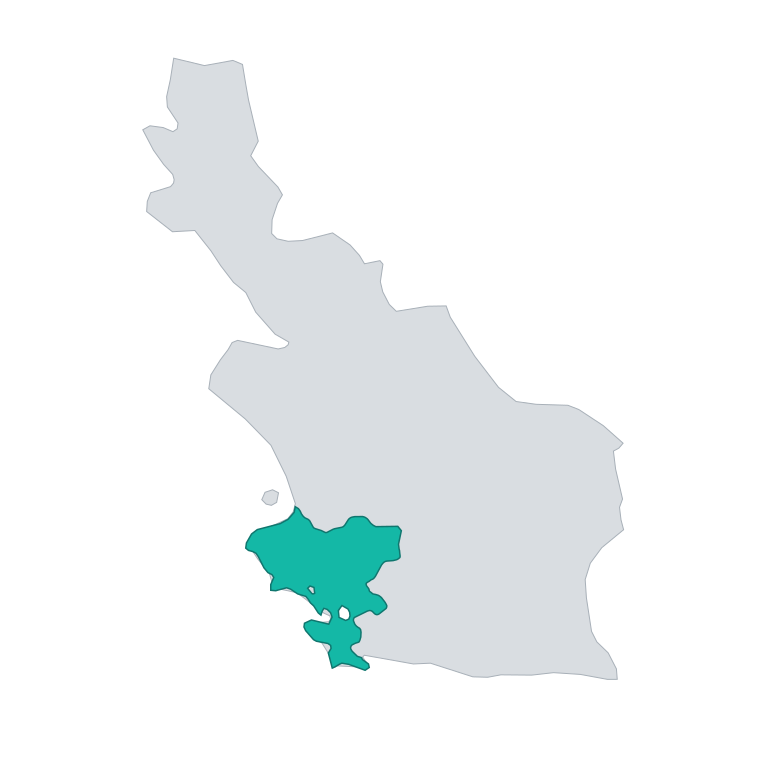 Tavush highlighted on a map of Armenia, rotated 191°
{"feature_id": "ARM-1670", "entity_name": "Tavush", "entity_type": "Province", "adm_level": 1, "iso_a3": "ARM", "parent_name": "Armenia", "parent_adm1": "", "projection": "equal_earth", "projection_center": [45.046, 40.964], "detail": "fine", "context": "in_parent", "style": "filled", "palette": "teal", "viewbox_px": 768, "rotation_deg": 191, "n_neighbors": 0, "source": "natural_earth", "source_scale": "10m", "svg_char_len": 4239}
<svg xmlns="http://www.w3.org/2000/svg" viewBox="0 0 768 768"><g transform="rotate(191 384 384)"><path d="M337.9,472.5L331.7,462.2L300.2,428.5L271.0,402.6L251.0,392.0L230.8,393.1L199.4,398.2L187.9,396.1L160.7,384.9L138.0,371.5L141.2,365.9L146.0,361.9L140.4,344.6L127.9,316.6L129.3,307.9L125.4,295.8L121.0,286.7L139.0,264.9L147.3,247.5L149.2,230.4L144.5,212.7L133.1,180.8L125.9,171.5L112.6,162.8L101.5,148.7L98.7,138.6L108.2,136.7L135.8,136.4L162.5,133.0L183.5,126.4L213.8,120.8L226.3,115.9L240.9,113.5L285.2,118.8L301.7,114.8L351.6,114.0L352.9,111.9L346.1,105.2L346.2,102.7L375.8,98.4L380.4,95.2L384.3,105.9L395.4,117.8L407.6,122.6L414.2,129.1L414.5,134.1L392.9,140.1L391.5,143.1L392.9,146.1L399.3,147.6L429.5,162.5L446.7,162.8L455.8,167.4L460.4,176.3L474.8,188.4L486.3,200.2L487.0,204.3L484.9,210.3L452.7,233.4L448.7,241.3L448.2,249.7L462.4,274.8L483.3,302.3L513.5,323.2L555.1,345.9L555.7,359.9L549.2,376.6L543.6,388.0L541.0,395.7L536.0,398.9L494.6,398.2L488.4,400.9L485.6,404.2L485.4,407.0L500.4,412.1L523.6,430.0L537.1,447.4L551.1,455.0L566.8,468.9L579.4,481.8L599.0,498.6L620.7,493.1L649.9,508.0L651.2,518.1L649.5,527.2L631.2,537.0L628.9,541.1L629.0,544.6L631.4,549.4L642.2,557.5L654.9,569.5L669.3,587.5L663.0,592.8L649.7,593.6L639.3,591.4L635.7,595.0L636.0,600.9L649.5,614.6L652.2,624.6L651.8,641.9L652.6,663.7L621.0,662.3L594.1,672.8L583.9,670.7L577.0,652.1L571.2,637.0L553.8,598.4L558.4,582.6L548.8,573.5L525.7,557.1L519.8,550.3L523.0,541.0L525.2,524.0L523.0,510.3L516.8,506.1L505.3,505.8L491.3,509.3L463.3,522.5L443.8,514.0L432.6,505.5L426.1,498.3L411.5,504.3L407.9,501.4L407.1,483.7L402.8,474.2L394.0,463.1L385.8,457.7L355.9,468.7L337.9,472.5ZM384.4,157.5L385.3,151.2L384.0,145.5L379.1,143.7L373.2,145.2L372.7,151.5L374.6,157.5L380.5,160.2L384.4,157.5ZM480.1,255.0L473.2,258.9L466.8,257.1L466.8,247.3L471.4,243.4L476.8,243.6L481.9,247.1L480.1,255.0Z" fill="#d9dde1" stroke="#a8b0b8" stroke-width="1"/><path d="M365.3,102.1L372.1,101.9L374.3,100.4L378.4,96.8L380.6,95.3L387.3,109.3L385.5,114.3L386.5,117.2L389.5,118.6L401.3,118.6L404.4,119.6L413.8,126.9L416.2,130.2L416.4,134.0L410.2,138.5L392.4,137.7L390.5,145.3L392.8,149.3L396.7,151.9L400.2,152.3L401.3,149.4L401.8,145.1L404.8,146.7L410.7,152.8L414.4,155.1L417.2,158.1L420.2,160.6L428.7,161.5L436.6,164.8L440.7,165.4L449.1,161.3L450.8,160.4L455.8,159.9L456.9,165.5L455.3,173.1L457.6,175.5L460.1,176.2L461.9,176.7L466.7,180.6L474.4,190.5L477.3,193.4L481.0,194.5L485.3,194.8L488.4,196.5L488.7,201.7L485.4,211.5L480.6,216.9L466.6,223.6L459.3,227.1L452.3,232.9L447.7,240.9L447.7,246.6L444.2,245.3L441.9,243.1L440.3,240.8L438.3,238.9L437.1,238.1L436.0,237.5L432.8,236.7L431.8,236.2L430.8,235.5L426.6,230.4L425.6,229.4L423.9,228.9L417.6,228.2L414.0,227.2L412.9,227.0L411.7,227.4L406.4,231.6L404.9,232.5L397.9,235.4L396.9,236.1L396.1,237.1L395.4,238.3L393.2,243.9L392.6,245.0L391.8,245.9L390.9,246.7L389.8,247.3L387.2,248.3L379.6,249.8L378.2,249.7L376.8,249.4L374.8,248.5L373.7,247.7L371.4,245.6L370.2,244.6L367.5,243.2L364.8,242.4L343.3,246.9L339.0,243.3L339.2,229.5L337.7,224.9L337.0,223.5L336.1,220.4L335.6,219.0L335.3,217.8L335.3,216.7L336.6,215.1L337.9,214.0L341.3,212.4L347.5,210.7L348.8,210.1L349.9,209.2L350.9,207.8L351.9,205.9L355.7,193.7L356.5,192.0L357.3,190.8L358.1,190.1L358.9,189.6L359.5,189.1L361.0,187.4L362.1,186.5L363.1,185.5L363.5,184.3L362.5,182.4L360.4,180.6L359.7,179.8L358.9,178.1L358.4,177.6L356.2,176.6L355.7,176.2L355.0,175.9L354.4,175.8L351.9,175.8L349.3,175.5L348.1,175.1L345.8,173.9L341.3,169.9L339.6,167.9L338.9,166.8L338.8,165.5L339.1,164.1L345.0,157.3L346.1,156.5L347.2,156.2L348.5,156.3L349.7,156.9L352.0,158.5L353.4,159.0L355.0,158.9L356.9,158.0L368.6,149.1L369.1,147.5L368.8,145.7L366.7,142.5L364.8,141.0L362.9,140.1L361.4,139.6L360.1,138.4L359.2,136.0L358.5,131.1L358.8,127.9L359.2,126.2L360.0,125.5L362.6,124.1L365.1,122.2L366.0,121.3L366.4,120.2L366.5,119.0L366.1,117.6L364.3,115.6L358.2,111.6L353.8,111.1L352.6,109.4L345.8,106.2L344.4,102.9L347.9,99.4L365.3,102.1ZM383.0,158.5L385.6,153.0L383.6,146.3L376.5,144.6L373.7,146.5L373.1,149.8L374.2,153.4L376.5,156.3L383.0,158.5ZM418.1,171.6L420.0,168.9L414.8,164.5L414.0,164.4L413.3,164.5L412.7,164.8L412.1,165.4L413.9,170.9L418.1,171.6Z" fill="#14b8a6" stroke="#0f766e" stroke-width="1.5"/></g></svg>